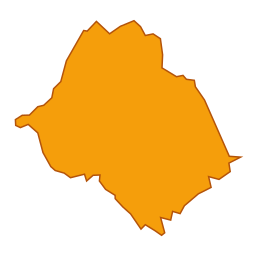 Amherst, Virginia, United States of America (Mercator projection)
{"feature_id": "52423323B69498607463637", "entity_name": "Amherst", "entity_type": "district", "adm_level": 2, "iso_a3": "USA", "parent_name": "United States of America", "parent_adm1": "Virginia", "projection": "mercator", "projection_center": [-79.163, 37.6], "detail": "fine", "context": "isolated", "style": "filled", "palette": "amber", "viewbox_px": 256, "rotation_deg": 0, "n_neighbors": 0, "source": "geoboundaries", "source_scale": "gbopen_adm2", "svg_char_len": 866}
<svg xmlns="http://www.w3.org/2000/svg" viewBox="0 0 256 256"><path d="M155.0,230.7L161.6,235.3L164.7,232.8L160.6,217.5L170.7,220.1L172.6,211.4L180.1,213.6L184.4,205.7L198.4,193.8L211.1,187.4L208.6,176.6L219.0,179.4L230.2,171.6L228.9,163.1L240.6,157.1L229.3,156.3L204.5,100.0L195.4,86.8L194.3,80.3L186.4,79.3L183.0,75.4L176.5,76.7L162.0,67.9L162.6,54.8L160.4,38.7L153.1,33.9L145.3,35.5L140.5,26.6L134.0,20.7L120.4,26.3L109.6,33.8L96.4,21.4L87.2,31.1L83.7,30.5L66.4,60.8L60.8,81.6L53.6,88.7L51.8,97.8L43.7,105.3L37.8,106.7L29.4,115.1L22.2,115.3L15.4,119.6L15.7,125.4L20.4,127.6L28.2,124.4L37.8,132.9L43.0,152.6L50.8,166.6L55.2,170.5L64.2,173.1L70.5,177.7L84.5,174.2L86.6,181.0L93.1,175.3L100.0,175.0L99.4,181.0L105.6,189.4L115.1,195.3L115.2,198.7L122.9,207.0L130.6,213.9L141.0,229.1L145.3,224.7L155.0,230.7Z" fill="#f59e0b" stroke="#b45309" stroke-width="1.5"/></svg>